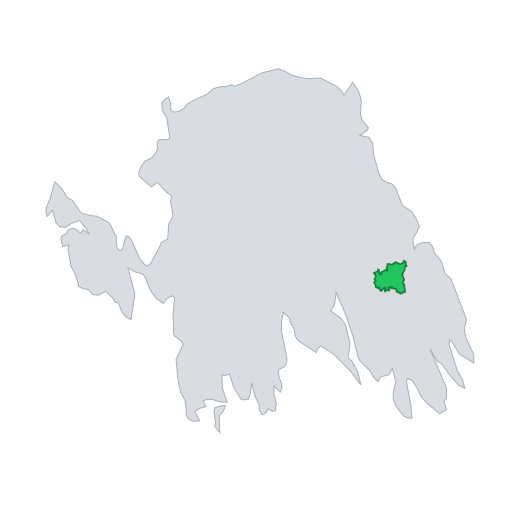 Mallow Lea-5, Cork, Ireland (highlighted), rotated 262°
{"feature_id": "5873133B25639176820798", "entity_name": "Mallow Lea-5", "entity_type": "district", "adm_level": 2, "iso_a3": "IRL", "parent_name": "Ireland", "parent_adm1": "Cork", "projection": "equal_earth", "projection_center": [-8.702, 52.146], "detail": "fine", "context": "in_parent", "style": "filled", "palette": "green", "viewbox_px": 512, "rotation_deg": 262, "n_neighbors": 0, "source": "geoboundaries", "source_scale": "gbopen_adm2", "svg_char_len": 8804}
<svg xmlns="http://www.w3.org/2000/svg" viewBox="0 0 512 512"><g transform="rotate(262 256 256)"><path d="M336.7,81.8L323.8,88.3L321.8,90.7L318.2,100.7L317.8,103.5L309.8,114.6L305.2,116.9L298.4,118.7L294.5,120.5L289.6,119.6L283.4,119.7L280.3,121.7L280.5,123.2L282.3,125.0L293.9,130.1L293.2,132.2L290.0,134.6L269.4,140.6L263.3,144.3L261.2,146.7L263.4,150.7L279.9,162.7L282.7,164.0L285.2,171.0L299.7,174.0L305.7,178.4L310.8,179.4L322.0,179.0L326.5,180.7L329.0,179.4L330.4,177.1L342.8,168.6L338.8,162.2L351.3,151.3L354.8,151.5L360.7,154.8L365.6,159.4L367.2,165.6L371.9,171.1L374.9,173.1L382.9,174.2L384.8,176.4L383.5,184.4L384.7,187.1L405.1,186.9L413.2,183.4L420.3,184.0L423.9,187.7L425.5,191.4L419.4,192.8L413.1,192.0L410.0,194.5L409.9,199.2L412.1,205.3L416.5,209.6L420.0,219.4L423.0,230.2L427.6,236.8L428.6,244.9L428.0,248.9L429.0,256.1L427.1,258.6L428.7,265.4L436.5,287.3L438.3,304.4L434.7,310.8L429.9,316.9L426.8,324.2L424.5,332.0L423.2,344.7L412.7,359.5L408.2,363.2L402.9,365.5L414.7,375.9L405.3,380.5L395.0,382.0L383.5,379.4L376.4,379.7L367.4,385.1L365.3,384.1L360.9,375.6L357.9,384.4L351.3,387.2L340.1,386.6L321.2,389.0L314.0,391.5L311.0,395.4L308.8,400.0L305.9,402.7L302.6,404.1L288.0,407.5L285.1,408.8L278.4,416.2L269.6,420.4L262.2,421.7L255.7,417.4L253.0,414.8L250.0,413.5L240.0,413.7L243.2,415.1L245.2,418.1L246.2,423.9L245.1,429.6L240.2,432.5L234.3,433.0L225.0,438.9L212.6,440.6L206.0,446.0L165.2,455.3L162.9,455.4L157.3,453.0L151.2,452.0L145.1,452.7L128.0,457.9L119.7,456.8L130.4,444.0L144.6,437.6L146.0,435.8L141.4,434.9L114.5,439.4L105.1,443.2L95.8,444.3L100.1,438.5L112.3,430.5L122.7,425.3L127.2,420.6L139.9,415.3L99.0,426.2L88.3,424.9L85.8,421.8L77.4,423.3L74.3,415.9L86.8,404.6L94.1,399.8L102.7,397.2L110.9,393.5L114.0,388.9L110.2,387.5L85.5,388.6L73.7,387.7L74.4,384.1L76.6,380.1L88.9,373.2L95.5,372.1L101.4,372.8L111.8,376.8L125.7,375.5L119.9,371.1L119.0,362.3L114.6,359.3L120.2,355.2L126.7,352.7L137.6,344.3L141.4,343.0L162.8,340.9L185.8,336.5L208.6,330.3L196.9,326.9L191.3,322.4L182.3,331.5L175.8,335.0L157.5,336.9L151.7,335.9L143.6,333.0L141.1,334.1L138.7,336.3L126.6,340.8L113.8,341.9L128.7,333.6L147.5,319.7L151.7,315.3L157.7,307.6L155.9,304.2L152.0,302.3L165.7,286.6L170.5,283.8L179.1,283.3L185.5,280.8L188.3,280.8L190.8,279.9L196.4,275.2L187.8,272.2L178.9,270.7L151.5,272.3L147.9,272.0L144.5,270.5L142.3,268.5L140.6,263.1L138.6,262.0L132.4,262.0L126.3,263.6L122.1,263.4L117.9,261.1L124.6,255.7L116.0,254.4L107.3,255.5L100.1,253.8L99.9,250.4L103.2,247.0L98.9,243.8L98.1,239.8L102.7,237.8L107.7,238.4L117.9,235.4L131.0,234.0L119.8,231.0L115.4,228.5L115.2,224.6L116.1,221.3L129.1,215.7L142.9,213.2L141.9,209.5L142.9,205.5L129.0,204.4L115.2,207.2L116.7,199.6L120.1,192.7L120.8,188.2L120.1,183.4L113.7,185.4L113.0,178.6L110.3,173.9L100.7,177.2L101.0,171.0L103.8,166.7L108.8,164.8L113.7,165.6L122.9,165.6L131.8,162.3L144.5,161.5L164.9,162.5L178.8,171.6L182.4,170.0L188.0,164.2L190.6,163.6L211.7,166.1L224.8,169.4L228.3,168.4L226.4,162.0L221.9,157.6L227.5,151.8L234.4,147.8L239.0,145.9L249.5,143.5L254.1,141.2L257.2,133.7L262.1,127.6L235.5,130.8L210.3,123.4L214.3,118.3L219.6,115.3L228.8,113.1L229.7,110.4L234.3,108.2L242.0,102.3L239.1,94.6L240.6,89.0L246.1,85.4L247.9,80.1L250.3,76.3L261.5,74.9L272.2,71.3L288.8,70.8L293.1,72.3L292.1,66.0L299.9,65.1L302.9,66.4L304.3,70.9L307.9,73.7L309.0,78.7L306.7,82.5L302.7,85.5L306.4,88.5L300.8,94.0L306.8,91.7L315.5,86.3L315.0,81.9L313.4,76.4L311.0,71.5L312.1,66.0L316.9,62.6L329.6,60.9L324.3,54.7L329.0,54.1L334.1,55.4L341.6,60.2L357.5,67.0L349.8,73.0L340.3,77.2L336.7,81.8ZM112.4,202.1L112.0,205.0L105.9,201.3L103.0,197.3L86.2,195.5L93.3,191.4L96.7,192.6L108.5,192.8L111.8,194.5L112.4,202.1Z" fill="#d9dde1" stroke="#a8b0b8" stroke-width="1"/><path d="M199.5,398.6L200.2,398.6L201.3,398.7L201.7,398.9L203.0,398.9L204.2,398.3L204.4,398.7L204.8,398.9L205.5,398.8L205.8,398.7L206.1,398.4L206.7,398.9L207.2,399.0L207.2,398.7L207.4,398.3L207.4,398.1L208.1,397.9L208.7,397.5L209.4,397.7L209.7,397.7L209.9,397.8L210.1,397.9L210.1,398.3L210.3,398.5L210.5,398.5L210.8,398.7L210.9,398.8L211.1,399.0L211.2,398.9L211.6,399.2L211.7,399.4L212.3,399.5L212.4,399.3L213.0,399.1L213.9,399.0L214.6,398.8L215.2,398.7L215.4,398.7L216.1,398.5L216.2,398.4L216.5,398.2L216.6,397.9L217.0,398.0L217.0,398.3L217.1,398.5L217.4,398.9L217.8,398.8L218.2,398.8L218.4,398.8L218.9,398.8L219.0,399.2L218.9,399.4L219.1,399.5L219.2,399.4L219.3,399.6L219.5,399.7L219.6,399.8L220.7,400.3L220.7,400.7L221.1,401.1L222.1,401.3L222.7,401.6L223.2,401.7L224.1,402.0L224.9,402.0L225.0,402.1L224.9,402.2L225.0,402.3L224.9,402.3L225.0,402.5L224.9,402.5L225.0,402.6L224.9,402.7L224.9,402.8L224.9,403.0L225.0,403.4L225.0,403.5L224.9,403.7L225.0,403.8L225.9,403.7L226.4,403.3L226.7,403.3L227.0,403.4L228.2,403.3L228.4,403.4L228.7,403.6L229.5,403.3L229.7,402.9L229.9,402.7L230.4,402.5L230.4,402.3L230.3,402.2L230.7,401.9L230.3,401.7L230.2,401.5L229.7,401.3L229.7,401.2L229.1,401.0L229.1,400.8L228.7,400.0L228.6,399.8L228.4,399.9L228.5,399.5L228.3,399.0L228.0,398.7L227.9,398.4L227.9,397.8L227.7,397.1L228.7,396.5L229.3,395.8L228.9,394.3L229.6,394.3L230.3,393.9L230.5,393.3L230.4,392.9L230.0,392.4L229.6,392.3L229.2,392.0L229.2,391.7L229.3,391.5L229.5,391.5L229.7,391.2L229.5,390.9L229.4,390.7L229.0,390.8L228.4,390.6L228.4,390.4L228.3,390.1L228.4,389.8L228.5,389.7L228.7,389.1L228.5,388.9L228.5,388.6L229.0,388.2L229.2,387.8L229.6,387.4L229.7,387.2L229.5,386.8L229.1,386.7L228.8,386.3L228.8,386.2L228.7,386.2L229.3,386.0L229.3,385.8L229.3,385.7L229.4,385.4L229.5,385.5L229.8,385.1L229.4,385.0L229.1,385.3L228.8,385.0L228.7,385.1L228.5,384.8L228.0,384.6L227.3,384.2L226.6,384.2L226.6,383.9L226.4,383.7L225.8,384.1L225.5,384.3L225.0,384.3L224.3,384.3L223.9,384.2L223.7,383.9L223.3,384.0L223.0,384.1L222.9,383.8L223.1,383.6L223.2,383.4L223.8,383.1L224.0,383.1L223.8,382.9L224.0,382.7L223.9,382.2L223.7,381.7L224.1,381.7L223.7,381.2L223.9,381.1L223.9,380.9L223.7,380.8L223.7,380.7L223.3,380.3L223.2,380.3L222.9,379.3L222.8,378.9L222.8,378.4L222.7,378.4L222.7,378.2L222.0,378.1L221.7,378.3L221.2,378.3L221.1,377.9L221.1,377.4L220.5,377.3L220.4,377.2L220.6,377.1L220.6,376.9L220.9,376.9L220.9,376.6L221.0,376.3L220.9,375.8L221.4,375.7L221.5,376.2L221.6,376.4L222.2,376.4L222.3,376.3L222.2,376.2L222.4,376.0L222.6,375.9L223.1,375.8L223.1,375.6L223.3,375.6L223.4,375.2L223.7,375.2L224.1,375.5L224.8,375.8L224.8,375.6L224.8,375.4L225.0,375.3L225.0,375.2L225.3,375.1L225.2,375.0L225.4,374.9L225.0,374.8L224.5,374.7L223.8,374.5L223.9,374.4L223.5,374.0L223.7,373.7L223.8,373.2L223.7,372.9L223.4,372.4L223.0,371.9L223.1,370.6L222.9,370.3L222.8,370.2L222.3,370.6L222.1,370.6L221.9,371.0L221.5,371.4L220.6,371.1L220.4,371.4L220.4,371.7L219.3,372.1L218.4,371.4L218.2,371.4L217.3,370.9L217.1,370.5L217.0,370.2L216.9,370.2L216.5,370.2L216.5,370.3L216.4,370.3L216.3,370.5L215.9,370.7L215.8,370.9L215.4,370.7L215.2,370.6L214.5,371.1L214.1,371.2L214.1,370.8L214.1,370.7L214.0,370.3L213.9,369.8L213.5,369.2L212.7,369.3L212.3,369.5L211.9,369.9L211.5,370.1L211.0,370.2L210.3,370.5L209.9,370.2L209.4,370.1L209.0,370.2L208.9,370.2L209.0,370.3L208.6,370.8L208.5,371.1L208.3,371.6L207.9,371.7L207.7,371.6L207.7,371.8L207.4,372.1L207.5,372.3L207.6,372.7L207.7,372.9L207.8,373.2L207.5,373.2L207.3,373.4L207.1,373.6L207.2,373.8L206.9,373.9L206.7,373.8L206.8,373.8L206.7,373.8L206.7,373.7L206.5,373.4L206.3,373.4L206.1,373.5L205.8,373.7L205.7,373.7L205.1,373.8L205.1,374.0L205.0,374.9L204.5,374.9L203.9,375.0L204.1,375.4L204.4,375.8L204.6,375.9L204.6,376.4L205.1,376.5L205.4,376.5L205.6,376.6L205.7,376.9L205.8,377.4L206.1,377.7L206.3,378.1L206.5,378.2L206.7,378.4L206.6,378.6L206.6,378.8L206.5,379.0L206.7,379.3L206.1,379.1L204.9,379.0L204.7,378.8L204.4,378.7L204.0,378.8L203.5,378.6L202.9,378.9L203.5,379.2L203.7,379.4L203.9,379.7L204.7,379.6L204.7,379.9L204.9,380.1L204.7,380.1L204.0,380.3L203.7,380.3L203.9,380.8L204.2,381.2L203.9,381.4L204.0,381.6L203.9,381.9L203.9,382.0L203.9,382.3L203.7,382.4L203.4,382.4L203.3,382.6L203.2,382.7L203.5,382.8L203.4,383.1L203.5,383.3L203.8,383.4L204.0,382.7L204.5,382.7L204.6,383.0L204.8,383.0L205.4,383.1L205.9,382.8L206.1,383.0L206.2,382.9L206.5,383.1L206.7,383.3L206.4,383.4L205.9,383.3L206.0,383.6L205.9,384.1L206.0,384.3L205.9,384.5L206.0,384.7L206.4,384.7L206.4,384.9L206.6,385.1L206.6,385.3L206.0,385.6L205.2,385.6L205.3,385.9L205.5,386.1L205.5,386.4L205.5,386.9L205.4,387.0L205.6,387.0L205.3,387.2L204.7,387.2L204.4,387.3L204.4,387.5L204.4,388.0L204.5,388.7L204.3,389.4L204.0,390.3L203.9,390.3L203.2,390.3L202.9,390.1L201.7,390.0L201.4,391.0L201.4,391.5L200.9,391.5L200.7,391.6L200.4,391.3L200.4,391.6L199.9,391.9L200.0,392.1L199.9,392.3L200.0,392.6L199.3,392.9L199.2,392.7L199.2,392.8L198.3,394.1L199.3,395.0L199.2,395.0L199.0,396.1L199.1,396.4L199.2,396.8L199.5,397.3L200.0,397.3L199.6,397.9L199.6,398.2L199.5,398.6Z" fill="#22c55e" stroke="#15803d" stroke-width="1.5"/></g></svg>